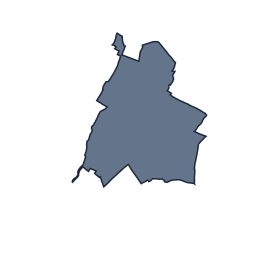 Muntenii De Jos, Vaslui, Romania (Albers equal-area conic projection), rotated 55°
{"feature_id": "2599482B60230314306463", "entity_name": "Muntenii De Jos", "entity_type": "district", "adm_level": 2, "iso_a3": "ROU", "parent_name": "Romania", "parent_adm1": "Vaslui", "projection": "albers", "projection_center": [27.801, 46.588], "detail": "fine", "context": "isolated", "style": "filled", "palette": "slate", "viewbox_px": 256, "rotation_deg": 55, "n_neighbors": 0, "source": "geoboundaries", "source_scale": "gbopen_adm2", "svg_char_len": 5668}
<svg xmlns="http://www.w3.org/2000/svg" viewBox="0 0 256 256"><g transform="rotate(55 128 128)"><path d="M140.0,204.3L140.0,204.5L140.6,204.5L140.4,203.7L139.9,201.1L139.7,200.0L139.1,197.0L138.9,196.4L138.5,195.7L137.1,194.6L136.6,194.0L136.1,193.4L135.8,192.9L135.3,192.2L135.1,191.7L134.9,191.2L134.6,190.3L134.5,189.6L134.2,188.5L133.9,187.6L135.2,186.9L138.2,186.2L140.9,185.2L140.2,183.7L139.5,182.1L144.9,178.7L146.0,181.4L149.4,180.5L151.2,180.1L152.0,179.9L152.2,179.6L152.2,179.4L152.3,179.2L152.2,178.6L155.1,179.6L157.9,180.4L161.2,181.3L162.3,181.6L162.2,180.6L161.4,174.9L161.3,174.2L160.9,173.3L160.8,172.3L160.4,169.7L160.0,167.1L159.7,164.4L159.4,162.0L159.2,160.9L158.9,158.6L158.6,156.1L158.3,154.0L158.2,152.1L158.1,151.5L158.0,148.7L161.3,148.8L161.8,149.0L163.2,149.1L174.4,149.0L181.2,149.1L181.3,147.0L181.5,146.1L181.8,144.5L182.0,141.7L183.6,141.6L183.9,141.6L184.0,141.0L184.1,140.4L184.2,139.8L184.2,139.5L184.0,138.9L183.9,138.3L183.8,137.6L183.7,137.3L183.7,137.0L183.8,136.7L184.0,136.5L184.6,135.7L185.3,134.7L186.2,133.5L186.3,133.3L187.3,132.5L187.6,132.2L188.6,130.5L188.9,130.0L189.2,129.5L189.4,129.3L190.8,128.8L191.6,128.4L191.8,128.3L192.1,128.3L193.0,129.0L193.5,128.6L194.9,127.0L195.1,126.6L195.2,125.6L195.7,122.6L196.2,121.6L196.6,120.8L197.7,118.9L198.1,118.4L198.5,117.6L198.8,117.0L199.1,116.6L199.8,115.7L200.5,115.0L202.5,113.6L204.8,112.1L207.1,110.3L207.9,109.5L208.5,108.6L210.4,106.8L210.9,106.1L211.2,105.8L211.9,105.6L211.3,105.4L210.9,104.9L210.7,104.8L209.7,104.2L209.5,103.8L207.2,102.4L203.0,99.0L200.2,97.0L199.9,97.1L199.6,96.9L199.0,96.9L198.9,96.7L198.7,96.6L198.6,96.3L198.4,96.0L197.7,95.4L196.5,94.4L196.1,94.1L195.2,93.1L193.2,91.0L191.2,88.9L189.9,87.5L188.4,86.0L185.2,82.8L184.8,82.3L184.1,81.8L183.3,81.0L182.5,80.3L182.2,80.1L181.8,79.7L181.6,79.4L181.5,79.1L181.3,78.2L180.8,75.9L180.6,75.1L180.5,74.4L180.4,73.6L180.2,72.8L179.8,71.2L179.7,70.3L179.6,68.8L178.7,69.4L176.6,70.9L175.3,71.7L174.3,72.5L172.5,73.5L171.4,74.2L169.4,75.3L168.9,75.7L168.7,74.5L168.4,73.3L168.2,72.8L167.7,71.5L166.8,69.6L166.7,69.2L166.6,67.9L166.4,66.1L166.1,65.1L165.6,64.2L165.3,63.5L164.5,62.4L163.3,59.5L163.2,57.8L163.0,57.2L162.8,56.8L162.4,56.2L162.2,56.3L161.5,56.3L160.9,56.4L160.4,56.3L159.9,56.7L159.6,56.7L159.5,56.8L159.4,56.9L155.0,58.7L151.3,60.5L149.8,61.4L145.2,64.2L144.0,64.8L143.7,64.7L142.2,65.6L141.0,66.4L137.2,68.6L134.7,70.1L133.9,70.5L130.9,72.0L130.7,72.2L130.1,72.5L129.9,72.5L129.7,72.6L127.3,73.7L127.1,73.7L126.2,74.1L125.3,74.4L125.1,74.5L125.1,74.2L125.0,73.9L124.7,73.0L124.5,72.6L124.0,72.9L123.4,73.1L122.8,73.3L122.3,73.5L121.7,73.7L121.0,74.0L119.9,74.5L119.8,74.0L119.5,73.1L119.2,72.5L118.8,71.8L118.3,71.4L118.0,71.2L117.7,71.1L117.6,70.9L117.2,70.6L116.3,69.5L117.2,68.6L116.6,67.5L116.4,67.4L116.4,67.2L116.2,66.3L116.0,65.9L115.8,65.1L115.7,64.8L115.5,64.7L115.2,64.3L114.8,64.2L114.4,63.0L114.0,62.6L113.7,62.4L113.3,62.1L111.8,61.8L110.8,61.4L110.2,60.9L109.8,59.7L108.9,57.8L108.5,57.1L108.3,57.5L107.4,58.5L107.1,58.7L106.5,59.2L106.3,58.1L106.2,57.9L106.0,57.4L105.8,57.2L105.6,56.6L105.3,56.0L104.2,54.4L104.0,54.2L103.2,53.5L103.0,53.2L102.1,52.1L101.5,51.5L101.2,51.8L98.9,52.0L98.5,51.9L97.7,52.0L97.3,52.0L96.1,52.0L94.6,52.2L93.9,52.2L91.4,52.7L89.9,52.6L87.0,52.8L82.1,53.2L81.5,53.3L80.6,53.3L76.1,53.6L74.9,53.8L74.1,54.5L72.5,56.7L71.7,58.1L71.7,58.3L71.4,58.9L71.0,60.3L70.4,62.4L70.2,62.7L70.0,63.4L69.8,64.2L69.6,65.0L68.9,67.0L68.7,67.7L68.4,68.5L68.5,68.8L68.7,69.0L69.0,69.2L69.6,69.5L69.8,69.6L70.1,69.6L70.4,69.7L71.2,71.3L72.0,73.0L72.8,74.4L74.1,75.7L76.9,78.3L78.4,79.8L78.8,80.3L79.4,80.7L79.5,81.0L78.6,81.5L74.0,84.6L70.1,87.3L66.0,90.1L64.5,91.0L59.3,83.2L58.1,84.0L57.6,83.9L56.9,83.5L56.4,83.4L54.5,82.9L53.6,82.6L52.8,82.1L51.5,81.4L51.1,81.1L50.7,81.1L49.7,80.2L49.1,80.2L47.9,81.0L46.1,81.7L44.1,82.5L44.3,82.9L44.7,83.6L45.7,85.0L46.0,85.3L46.2,85.5L46.5,85.7L46.9,85.9L47.5,86.7L47.9,87.4L48.5,88.1L49.1,88.9L50.1,90.5L50.3,90.9L50.5,91.4L50.8,92.5L50.9,93.2L52.0,92.2L52.4,92.1L52.5,92.1L53.2,91.9L53.3,91.7L54.9,91.2L55.4,93.4L59.9,91.2L60.4,92.2L61.3,93.7L61.8,94.5L64.8,92.8L66.2,94.5L67.2,95.9L68.0,97.0L68.9,98.4L70.2,99.9L70.9,100.8L71.3,101.4L75.1,108.7L75.7,110.2L76.9,113.0L78.4,116.8L78.6,117.2L78.4,117.4L78.3,118.5L77.6,119.3L77.5,119.6L77.8,120.1L78.2,121.1L78.9,122.8L79.6,124.1L80.0,124.7L80.3,125.1L81.4,126.1L81.9,126.7L82.3,126.5L83.5,128.7L83.5,128.8L83.7,129.1L84.3,130.3L87.6,137.9L89.0,137.3L92.5,135.8L94.2,135.2L98.7,133.0L99.1,134.5L99.3,135.6L99.3,136.0L98.8,139.9L98.7,141.1L98.9,142.0L99.5,143.1L100.8,145.4L101.7,146.8L102.4,148.1L102.9,148.8L103.1,149.5L104.3,151.3L104.5,151.8L104.5,152.1L104.6,152.5L105.2,153.5L105.7,154.2L105.9,155.2L105.9,155.4L105.8,155.8L105.8,156.1L106.0,156.5L106.3,157.1L107.0,157.7L107.3,158.1L108.6,158.3L109.2,158.5L109.4,158.7L109.9,159.1L110.2,159.6L110.6,160.4L110.9,161.0L111.2,161.7L111.3,162.3L111.9,163.1L112.5,163.7L112.9,164.4L113.6,165.1L114.5,166.4L115.0,167.1L115.4,168.2L115.4,169.2L115.6,169.4L116.2,169.9L117.3,170.9L117.9,171.5L118.4,171.8L119.6,172.4L120.6,173.3L121.1,173.6L122.1,174.7L123.3,175.9L124.1,177.2L124.4,177.5L124.9,177.9L125.2,178.4L125.3,178.8L125.5,179.0L125.9,179.1L126.4,179.2L127.8,179.5L128.1,179.8L128.3,180.1L128.4,180.7L128.5,181.1L129.3,181.7L130.0,182.8L130.5,183.4L131.7,185.0L132.2,185.7L132.4,186.4L132.6,187.5L132.8,188.7L133.0,189.8L133.5,191.4L133.9,192.4L134.7,193.6L135.5,194.6L135.8,194.7L136.4,194.8L136.9,195.3L137.4,195.8L137.7,196.2L138.1,197.1L138.6,198.4L138.7,198.9L138.7,199.3L138.7,199.9L138.6,200.8L138.7,201.6L138.8,202.6L139.0,203.0L140.0,204.3Z" fill="#64748b" stroke="#1e293b" stroke-width="1.5"/></g></svg>